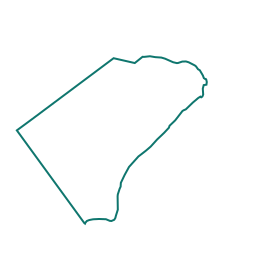 outline of Hardin, Illinois, United States of America, rotated 323°
{"feature_id": "52423323B71898238526095", "entity_name": "Hardin", "entity_type": "district", "adm_level": 2, "iso_a3": "USA", "parent_name": "United States of America", "parent_adm1": "Illinois", "projection": "orthographic", "projection_center": [-88.199, 37.501], "detail": "fine", "context": "isolated", "style": "outline", "palette": "teal", "viewbox_px": 256, "rotation_deg": 323, "n_neighbors": 0, "source": "geoboundaries", "source_scale": "gbopen_adm2", "svg_char_len": 972}
<svg xmlns="http://www.w3.org/2000/svg" viewBox="0 0 256 256"><g transform="rotate(323 128 128)"><path d="M37.8,63.0L35.9,177.7L36.1,178.5L37.0,178.0L39.2,177.5L41.7,178.2L45.2,179.9L50.2,183.3L55.5,187.6L57.6,191.2L58.8,192.3L61.8,193.0L63.8,192.2L65.4,190.9L70.7,187.1L78.6,176.3L79.9,174.9L84.9,171.4L86.8,170.4L89.3,167.5L97.0,163.5L105.4,159.7L119.2,157.0L128.3,156.9L134.9,156.5L144.3,154.7L153.9,153.6L160.8,152.4L162.6,151.2L170.3,150.3L181.7,147.2L183.0,147.3L185.4,147.9L195.1,146.7L202.1,146.3L204.6,146.5L204.6,147.1L205.0,147.6L206.4,147.6L208.2,146.5L211.4,141.6L214.3,139.3L216.3,140.4L216.7,140.6L218.6,138.7L219.6,136.5L219.6,135.7L219.2,135.5L218.6,133.8L219.4,131.2L220.1,125.1L219.3,123.2L219.4,119.7L219.0,118.2L216.0,112.0L214.3,109.7L211.3,107.6L207.1,106.2L206.1,105.6L203.6,102.6L199.3,94.9L197.0,91.8L192.4,87.8L188.7,83.9L183.5,80.8L182.5,79.9L172.5,80.2L158.5,63.6L56.9,63.2L37.8,63.0Z" fill="none" stroke="#0f766e" stroke-width="2"/></g></svg>